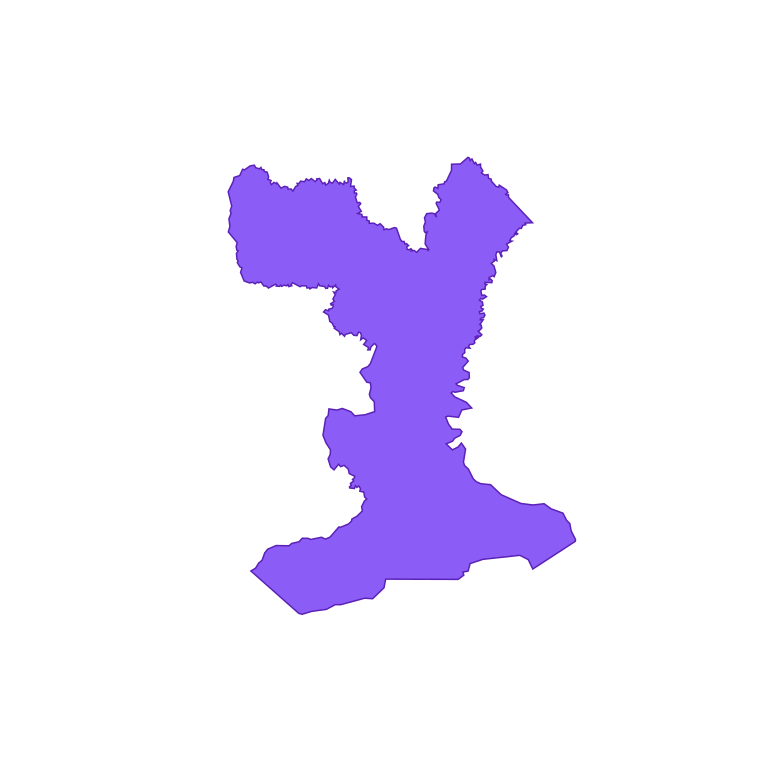 Tambacounda, Tambacounda, Senegal, rotated 220°
{"feature_id": "50182788B74600736318601", "entity_name": "Tambacounda", "entity_type": "district", "adm_level": 2, "iso_a3": "SEN", "parent_name": "Senegal", "parent_adm1": "Tambacounda", "projection": "orthographic", "projection_center": [-13.284, 13.521], "detail": "fine", "context": "isolated", "style": "filled", "palette": "violet", "viewbox_px": 768, "rotation_deg": 220, "n_neighbors": 0, "source": "geoboundaries", "source_scale": "gbopen_adm2", "svg_char_len": 6171}
<svg xmlns="http://www.w3.org/2000/svg" viewBox="0 0 768 768"><g transform="rotate(220 384 384)"><path d="M365.8,155.2L301.9,153.5L298.7,155.0L293.2,163.4L283.3,174.3L279.5,183.7L275.4,187.0L261.2,207.4L254.7,212.2L253.0,227.9L257.3,235.6L201.6,282.0L200.0,288.9L202.7,290.6L199.3,294.7L202.6,301.8L195.5,313.3L169.8,340.1L160.6,342.2L151.1,337.9L136.3,386.5L137.4,388.0L146.2,391.8L151.9,396.5L156.6,397.0L163.9,400.1L175.7,395.8L184.4,395.2L192.1,387.1L202.3,380.5L223.1,374.5L237.6,375.4L245.7,369.9L250.3,368.5L254.6,368.7L264.7,373.1L269.8,373.3L272.9,375.2L279.7,386.6L286.8,388.5L286.8,383.2L289.3,377.5L297.9,378.1L294.7,384.3L295.0,387.9L292.6,393.7L293.6,397.6L296.7,398.1L302.8,393.3L308.7,394.7L315.5,398.3L314.4,400.5L305.5,406.4L307.7,414.1L301.4,422.0L309.1,422.9L321.6,419.6L326.8,420.3L326.4,422.5L324.2,423.4L318.9,429.9L320.2,432.8L326.8,430.2L328.9,430.4L325.4,438.9L322.7,441.3L322.6,443.6L326.2,447.5L331.9,445.9L334.3,447.1L334.2,455.7L337.9,456.5L341.3,455.1L342.9,457.3L342.2,459.9L344.2,462.0L344.6,464.4L341.2,466.7L343.6,467.3L343.7,469.4L341.3,471.7L340.9,474.0L342.6,475.0L342.6,477.6L344.4,478.5L343.7,479.5L342.1,478.3L341.6,480.5L343.2,480.9L341.0,482.3L340.7,484.6L346.5,485.0L345.3,485.5L345.1,489.8L347.6,491.6L348.8,491.2L349.3,496.9L351.6,495.1L352.1,496.7L350.4,498.7L350.9,501.6L353.0,502.6L355.8,499.5L357.5,500.8L355.8,503.0L356.1,505.3L358.1,504.6L359.6,505.5L358.7,507.9L361.4,510.1L364.9,509.6L364.9,511.6L363.0,512.4L361.6,516.8L364.3,516.7L366.0,514.7L369.7,517.6L369.9,519.2L367.5,521.7L369.3,524.0L369.2,526.3L371.2,525.5L371.9,526.8L366.5,531.0L367.6,532.8L370.0,532.9L370.5,531.4L372.0,533.0L370.2,537.1L368.6,537.0L370.0,541.3L375.6,545.1L379.4,545.3L378.5,549.2L379.7,550.2L376.8,551.0L381.4,554.9L382.5,557.5L380.5,559.4L375.9,556.9L375.8,557.9L378.6,559.1L378.9,562.1L375.6,565.2L376.6,568.8L380.1,569.9L377.8,575.7L379.8,574.5L380.6,578.0L379.6,580.7L380.5,583.7L378.7,583.3L378.1,585.0L380.6,585.0L380.5,590.1L378.8,591.5L379.7,594.8L377.8,597.1L379.4,597.9L373.9,603.0L408.5,607.0L410.3,609.0L411.7,607.4L412.9,607.6L412.1,610.3L414.9,611.4L423.5,610.4L422.6,608.5L425.1,607.4L432.0,608.4L433.6,609.8L436.2,608.8L438.9,611.3L441.2,608.7L445.1,608.3L445.1,610.7L449.5,612.3L451.4,614.5L453.4,611.6L456.2,612.6L456.4,610.9L461.3,612.9L461.8,610.5L463.8,612.0L465.4,611.5L466.9,601.7L473.5,595.8L469.6,591.0L466.6,579.6L467.5,577.9L466.6,576.0L470.6,571.4L468.6,568.6L471.6,567.6L471.7,566.1L470.2,563.7L464.6,563.8L461.7,562.0L458.8,561.9L458.0,559.1L460.5,557.3L460.3,556.0L453.4,552.8L454.0,547.5L451.0,545.6L454.9,546.8L457.3,545.6L460.8,541.9L459.8,537.3L456.4,534.7L454.9,530.4L451.4,526.9L449.5,526.4L448.6,528.2L447.4,524.6L442.5,517.7L435.9,515.6L436.1,514.6L437.3,514.9L443.3,511.3L443.6,505.9L446.7,505.7L448.8,503.4L448.9,504.8L450.3,505.0L451.3,502.7L453.0,502.1L454.8,503.9L454.1,505.8L456.9,506.0L457.8,504.7L460.2,506.1L461.7,504.8L464.4,505.3L474.6,511.4L476.5,510.6L479.5,505.5L482.0,504.4L483.1,502.1L485.1,503.9L490.0,504.3L491.1,501.3L495.1,500.7L498.6,497.6L500.1,499.4L502.3,498.4L504.6,500.9L508.0,498.0L510.0,499.7L513.7,497.7L512.4,501.7L517.8,503.5L517.7,507.1L519.2,507.5L521.1,505.7L526.2,509.0L526.8,512.0L528.0,512.5L529.5,511.3L530.9,512.8L529.9,514.7L532.8,515.0L534.1,516.4L536.7,513.9L540.3,519.7L543.2,519.6L544.2,518.6L541.5,516.0L541.7,514.0L543.3,513.0L545.0,514.4L543.2,510.9L547.4,510.1L546.8,508.4L552.9,509.4L552.6,504.7L554.7,503.9L556.9,504.9L555.6,501.9L556.5,499.0L558.8,500.3L559.7,498.0L565.4,500.0L567.4,497.8L566.5,496.9L566.9,494.8L571.7,494.7L572.4,491.6L575.4,491.2L574.9,487.9L578.3,485.8L578.0,483.1L579.5,481.8L577.6,480.8L578.6,478.5L577.8,473.2L580.5,473.7L582.8,471.6L584.3,472.9L587.2,471.5L588.9,467.8L595.4,469.3L595.2,468.3L597.9,467.7L598.4,464.4L600.5,465.1L601.3,467.3L604.5,466.1L605.5,468.5L609.7,471.2L612.3,469.8L613.6,470.9L615.6,469.7L617.5,470.8L617.7,468.8L621.4,467.2L624.0,468.3L626.8,464.9L628.5,458.3L630.3,457.7L628.5,450.9L631.7,445.8L629.7,442.3L626.9,431.1L615.0,422.4L613.2,417.9L610.8,416.3L609.0,410.9L603.3,405.6L601.0,400.4L587.3,397.9L585.6,394.2L582.7,391.9L581.3,392.3L581.0,389.2L576.9,385.1L574.9,384.5L574.4,382.7L569.7,381.1L567.5,381.7L565.6,377.3L557.3,373.0L551.9,375.0L550.0,377.5L547.2,377.8L546.6,380.5L545.0,380.9L543.9,383.1L539.1,381.8L537.0,383.4L534.2,383.2L531.3,390.7L530.2,390.9L529.5,389.7L526.7,391.7L526.6,393.4L525.2,393.0L524.1,395.4L521.5,396.8L521.5,398.5L519.4,397.5L517.8,400.0L519.1,400.5L519.1,402.8L510.8,404.6L510.3,406.3L506.5,409.2L504.7,408.0L503.1,409.7L501.9,409.2L501.1,411.7L497.3,414.3L498.6,418.7L496.4,417.9L492.2,420.5L490.1,419.8L488.8,421.0L489.9,424.0L487.6,423.8L486.1,425.7L485.2,424.8L484.7,428.7L483.4,427.6L479.5,427.8L480.5,424.5L479.5,423.1L481.7,422.1L478.7,421.1L477.8,416.3L475.1,415.3L476.5,411.2L475.1,410.5L474.0,412.1L472.8,410.7L472.4,408.6L474.4,405.8L473.5,404.5L476.6,403.2L476.6,400.3L470.8,401.1L465.7,397.1L462.5,397.3L459.5,395.7L458.3,396.4L457.9,394.7L451.9,395.3L449.5,393.5L449.2,395.5L444.9,395.2L445.5,397.1L442.0,402.3L438.4,401.9L435.8,403.7L436.8,407.4L435.0,408.2L432.5,406.7L430.3,402.9L429.5,406.0L425.2,406.2L425.0,401.2L419.1,402.0L418.4,399.7L416.5,401.3L417.8,403.7L417.6,408.2L416.2,409.1L413.5,408.1L407.5,390.7L407.6,386.8L410.3,381.6L409.9,377.5L398.3,374.3L395.2,376.1L391.5,372.8L388.6,366.7L385.6,364.8L380.0,364.1L373.4,356.8L378.8,348.2L386.0,340.8L391.5,341.5L400.2,338.5L403.3,333.8L410.2,329.5L406.5,324.0L406.6,320.1L397.8,305.5L390.4,301.5L382.7,299.2L379.9,295.4L378.7,290.7L371.6,286.2L367.1,286.1L367.2,293.4L364.1,292.8L362.3,296.0L356.8,295.9L353.0,293.0L347.2,294.5L346.2,292.4L346.8,290.7L344.9,290.2L345.8,286.3L343.8,285.2L344.4,283.2L343.5,282.3L339.5,284.9L340.5,287.7L338.3,287.3L337.8,289.7L334.9,288.8L333.6,286.3L329.9,288.2L326.3,285.0L323.3,284.8L323.8,281.8L322.3,275.6L319.0,272.9L319.7,265.3L321.8,260.0L320.8,258.0L321.2,254.0L325.4,246.0L326.7,245.5L326.9,232.1L329.2,227.5L333.4,226.4L340.2,217.8L342.8,217.1L347.5,213.3L347.7,208.5L352.2,202.6L352.8,199.0L362.8,190.9L366.9,182.8L366.8,177.9L364.1,170.6L364.9,166.4L364.0,160.3L365.8,155.2Z" fill="#8b5cf6" stroke="#5b21b6" stroke-width="1.5"/></g></svg>